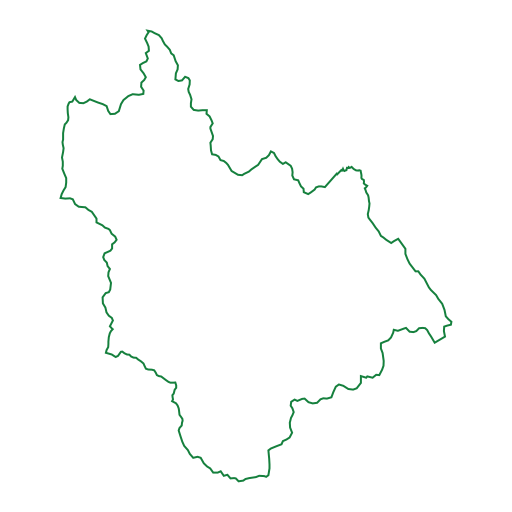 outline of Hulu Terengganu, Terengganu, Malaysia
{"feature_id": "92858781B28434348300239", "entity_name": "Hulu Terengganu", "entity_type": "district", "adm_level": 2, "iso_a3": "MYS", "parent_name": "Malaysia", "parent_adm1": "Terengganu", "projection": "natural_earth1", "projection_center": [102.769, 5.077], "detail": "fine", "context": "isolated", "style": "outline", "palette": "green", "viewbox_px": 512, "rotation_deg": 0, "n_neighbors": 0, "source": "geoboundaries", "source_scale": "gbopen_adm2", "svg_char_len": 5261}
<svg xmlns="http://www.w3.org/2000/svg" viewBox="0 0 512 512"><path d="M63.1,133.1L63.1,139.5L62.5,142.1L62.8,144.6L63.6,148.2L63.1,152.0L62.0,157.5L62.8,161.7L62.8,165.8L62.3,168.7L64.5,174.2L66.2,178.1L66.2,182.6L65.6,187.1L63.6,190.3L61.7,194.1L60.6,198.0L65.3,198.6L70.0,198.3L72.8,199.3L75.1,204.1L78.7,206.7L81.7,207.0L85.4,207.3L88.4,209.9L91.8,211.8L96.5,218.6L96.5,222.4L102.4,225.3L104.9,227.6L108.5,228.9L109.9,230.1L111.6,233.7L115.2,236.6L116.6,239.8L114.6,242.4L112.1,244.3L112.1,248.5L110.4,250.7L107.6,252.0L104.6,253.3L103.2,257.1L104.3,260.0L106.8,262.6L107.6,266.1L109.9,269.0L108.5,272.3L108.2,276.1L111.0,282.9L110.2,289.6L108.8,292.2L105.7,293.1L102.6,297.3L102.9,303.4L105.4,307.6L106.5,312.4L108.8,315.7L111.8,317.9L112.9,320.5L109.9,326.3L112.2,328.8L112.7,329.2L110.9,331.2L109.8,333.3L108.8,337.2L108.4,341.7L108.4,344.0L108.2,347.1L106.6,350.0L105.9,352.8L111.8,354.5L113.9,355.9L115.7,357.0L118.0,355.9L120.9,351.8L122.3,351.6L124.5,353.3L127.0,354.5L129.4,354.7L131.1,356.5L133.5,357.6L136.2,357.8L138.0,359.4L140.9,361.3L143.5,363.5L144.4,365.6L145.9,368.7L148.2,369.5L151.9,369.7L154.2,370.3L155.7,372.6L156.9,375.1L158.9,376.1L161.2,376.5L165.8,380.0L168.5,381.9L170.5,382.7L173.1,382.7L175.3,382.5L176.2,385.4L176.2,387.8L174.7,389.7L173.7,393.6L172.4,395.2L172.6,397.3L173.0,399.4L172.1,401.2L174.0,402.2L176.0,403.3L177.6,405.5L178.7,408.4L179.0,410.3L179.5,414.8L181.2,417.1L182.4,418.9L182.6,420.8L182.0,422.8L181.7,425.5L179.5,428.0L178.7,430.4L178.9,431.2L180.6,436.6L182.3,441.7L184.2,445.9L187.9,450.1L189.8,453.9L193.2,457.8L197.6,456.8L200.7,457.8L203.8,463.3L207.1,466.5L210.2,468.4L213.2,472.6L217.7,472.6L220.7,471.3L223.8,475.8L227.4,474.8L230.5,478.4L234.1,478.1L235.8,478.4L238.6,481.3L243.3,480.6L245.5,479.0L249.2,478.1L255.9,477.1L259.2,475.8L264.2,476.1L266.2,476.8L268.0,475.5L268.4,475.2L269.5,468.4L269.5,464.6L269.2,458.8L268.7,453.6L268.4,450.4L270.9,448.5L276.5,446.2L281.5,444.3L282.9,441.1L286.5,439.5L289.6,437.5L292.1,432.7L290.1,427.6L289.8,422.7L291.0,417.9L292.4,415.3L293.7,412.1L292.4,408.3L290.7,405.7L291.2,401.8L294.6,399.6L297.4,400.9L302.1,398.9L304.6,398.6L308.5,402.2L312.7,403.4L317.1,402.8L320.5,399.3L323.3,398.3L326.9,398.6L331.4,397.3L333.3,392.2L335.8,386.7L338.9,384.5L343.3,385.8L348.3,389.0L353.1,389.6L356.7,388.3L360.9,382.9L360.9,378.7L360.9,376.1L366.2,377.7L367.3,376.4L372.6,377.7L376.2,374.8L379.3,375.1L382.1,369.7L383.5,365.8L383.7,361.0L382.6,353.0L380.9,348.5L380.9,343.3L384.6,341.7L388.2,340.4L391.0,337.5L393.2,332.7L393.8,329.8L397.9,330.8L404.1,328.5L406.0,327.9L409.6,331.7L413.5,332.1L416.3,331.1L419.1,328.2L422.7,327.9L425.2,328.2L427.2,330.1L428.9,333.3L431.1,336.6L434.7,342.7L445.0,336.6L443.9,331.1L444.2,326.6L447.2,325.6L450.9,324.7L451.3,322.3L451.4,321.8L448.4,319.2L445.8,316.3L444.5,309.9L442.2,303.8L438.3,298.9L436.1,295.1L430.8,289.9L428.9,287.4L424.4,278.7L420.5,274.5L418.3,271.3L415.5,271.3L409.6,263.6L407.4,259.1L405.4,253.9L405.4,248.8L398.2,238.8L394.0,241.1L391.2,243.0L386.2,239.8L383.4,237.5L380.9,235.9L378.7,231.4L375.6,227.6L372.6,223.1L369.8,219.5L368.4,217.6L367.8,214.1L368.7,210.2L369.2,206.7L369.5,203.5L369.0,201.2L368.6,197.5L368.1,195.3L367.1,193.7L366.3,192.5L365.7,190.5L364.8,188.3L366.0,187.4L367.2,185.8L365.0,184.5L363.8,183.4L364.0,181.6L363.9,180.7L363.8,180.0L361.9,178.9L361.4,177.9L361.5,175.7L361.3,174.1L360.9,172.3L360.6,170.7L359.1,170.2L358.4,170.6L356.1,170.4L353.7,169.0L352.6,167.9L351.6,166.9L350.9,167.4L349.7,167.9L348.7,167.1L348.3,168.0L347.0,167.8L346.7,169.0L346.4,170.2L345.2,170.5L344.6,171.0L343.7,170.6L343.0,168.9L342.3,170.6L341.5,170.7L341.2,170.2L337.2,174.3L336.7,173.7L324.9,187.1L321.3,186.4L318.8,186.4L316.0,187.4L314.6,189.6L310.7,192.5L308.2,194.1L303.8,192.2L303.5,188.7L301.0,186.4L299.3,182.9L298.2,180.3L294.0,179.3L292.3,175.5L292.6,172.3L292.1,168.7L290.7,165.8L285.7,162.3L282.9,163.9L279.8,161.7L277.6,159.1L275.6,156.2L274.0,153.0L270.9,151.4L268.9,155.2L266.2,157.8L262.0,159.1L258.1,164.9L255.6,166.5L251.4,169.4L248.9,171.6L244.1,173.9L242.2,175.2L238.0,174.8L231.6,171.0L229.7,167.8L228.0,164.9L226.3,163.0L223.8,161.0L220.5,160.1L218.5,156.5L215.7,154.9L212.1,154.3L211.0,150.4L210.7,145.6L210.4,142.7L212.7,139.2L213.0,136.0L210.4,128.6L210.4,127.0L212.7,123.4L211.6,120.5L209.6,116.4L206.5,113.8L206.8,110.2L202.4,110.2L198.2,110.6L193.7,109.9L190.9,106.7L190.9,103.2L191.5,99.3L190.1,94.8L188.7,91.9L188.2,89.0L189.6,84.5L189.8,80.4L188.4,78.1L185.1,76.8L182.0,80.4L178.4,81.0L175.4,79.4L175.9,73.3L177.6,69.4L177.9,65.3L175.6,61.1L173.7,55.3L171.2,53.4L169.8,49.8L167.3,46.9L164.8,44.4L162.8,40.8L161.7,38.3L158.9,35.1L154.5,33.1L151.7,31.5L147.6,30.7L148.6,32.2L146.7,35.1L145.0,38.6L147.2,43.1L148.6,46.6L148.9,50.8L145.8,53.1L147.8,58.5L146.4,61.4L143.0,63.0L140.0,64.9L140.5,69.4L143.6,73.3L145.8,77.2L144.2,80.0L141.4,82.6L141.1,86.8L143.6,90.6L143.3,93.9L138.9,94.8L132.7,94.2L128.3,96.1L126.0,98.0L123.5,100.0L121.0,104.1L118.8,111.2L114.9,113.8L110.4,114.1L108.2,110.9L106.6,106.1L102.7,104.1L97.9,102.5L89.8,99.3L86.8,101.6L83.4,103.2L79.3,102.9L76.2,100.0L75.0,97.1L72.3,101.6L69.5,102.2L68.7,103.5L67.6,106.4L67.6,109.3L67.8,113.1L68.4,117.3L68.1,120.2L66.4,122.8L64.8,124.4L63.9,128.2L63.1,133.1Z" fill="none" stroke="#15803d" stroke-width="2"/></svg>